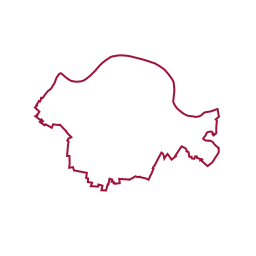 outline of Khoai Chau, Hưng Yên, Vietnam, rotated 123°
{"feature_id": "81297802B59998896925567", "entity_name": "Khoai Chau", "entity_type": "district", "adm_level": 2, "iso_a3": "VNM", "parent_name": "Vietnam", "parent_adm1": "Hưng Yên", "projection": "robinson", "projection_center": [105.98, 20.831], "detail": "fine", "context": "isolated", "style": "outline", "palette": "rose", "viewbox_px": 256, "rotation_deg": 123, "n_neighbors": 0, "source": "geoboundaries", "source_scale": "gbopen_adm2", "svg_char_len": 5227}
<svg xmlns="http://www.w3.org/2000/svg" viewBox="0 0 256 256"><g transform="rotate(123 128 128)"><path d="M193.4,121.1L191.5,122.0L190.9,120.2L190.3,118.0L193.3,116.9L194.7,116.4L192.4,112.4L188.3,113.7L186.7,114.2L186.6,113.9L185.8,114.2L185.6,113.8L182.8,115.0L180.7,115.9L179.9,113.2L181.9,112.5L180.9,111.0L182.1,110.1L181.6,109.6L181.8,109.3L181.4,108.6L181.7,108.4L181.5,108.2L180.4,106.8L178.8,104.9L175.4,107.6L175.0,106.5L174.7,105.9L174.3,105.5L174.0,105.3L173.7,105.0L173.6,104.7L173.5,104.3L173.4,103.9L173.1,103.3L172.9,102.8L172.5,102.4L172.2,102.1L172.0,101.8L171.9,101.5L171.9,101.2L171.8,100.9L171.6,100.5L171.3,100.2L171.0,99.8L170.8,99.5L170.7,99.2L170.7,98.9L170.7,98.6L170.0,98.4L169.5,98.0L168.4,97.4L166.2,96.3L164.4,95.4L163.9,92.8L163.6,92.7L163.1,92.3L162.9,92.1L162.5,91.7L162.3,91.3L162.6,90.9L161.1,87.2L160.6,85.3L160.3,83.9L160.2,82.6L159.4,82.7L158.4,82.8L157.1,83.1L156.0,83.3L155.2,83.4L154.6,83.3L148.4,84.4L148.4,85.3L145.4,85.5L145.1,85.2L138.8,85.9L133.1,86.4L130.4,86.6L130.5,85.2L130.8,84.3L131.7,83.1L133.8,80.9L132.4,81.0L128.3,80.7L129.2,78.0L130.4,75.3L130.8,74.2L125.9,72.6L125.5,72.5L125.5,73.2L125.0,73.2L120.1,73.2L114.3,73.1L114.1,72.2L113.9,70.7L113.8,69.5L113.8,68.4L114.6,67.0L114.9,66.4L115.5,66.3L115.8,66.2L115.2,64.1L115.9,63.4L117.3,62.3L118.7,60.9L117.5,59.0L118.7,58.1L118.7,57.7L118.4,57.1L117.8,55.7L115.6,56.0L115.0,56.1L114.4,54.9L115.5,53.9L114.6,50.4L115.7,49.8L115.0,49.4L114.5,49.3L114.0,49.3L114.0,48.4L114.5,48.3L115.1,48.4L115.4,48.6L116.6,40.5L115.3,40.1L113.6,39.5L111.0,38.6L102.9,38.6L100.3,38.6L99.3,38.7L97.4,39.7L96.1,40.6L95.7,40.8L95.7,41.2L95.4,41.2L95.2,42.1L95.1,44.1L95.1,44.3L94.9,45.1L94.7,46.1L94.5,46.8L93.8,48.7L93.6,49.6L93.6,50.1L93.7,50.8L93.8,51.6L93.9,52.2L95.1,53.8L94.9,54.1L96.2,56.0L96.3,57.7L96.2,58.7L96.0,59.2L94.6,59.2L93.1,59.0L92.2,58.9L90.2,59.2L88.4,59.2L86.9,57.9L85.5,56.1L85.6,55.0L86.0,53.6L87.2,53.8L87.4,53.0L87.6,52.1L85.5,51.5L84.3,51.1L79.6,54.2L73.3,57.6L73.0,59.1L72.5,58.9L71.3,58.6L69.6,58.1L69.3,57.9L68.8,58.0L67.8,59.1L64.9,61.7L63.3,63.3L63.5,63.5L66.9,66.0L69.1,67.7L70.4,69.2L71.6,70.5L73.2,72.2L74.0,72.6L75.2,72.9L76.3,73.2L77.6,73.6L79.6,74.8L80.5,75.7L81.7,77.1L82.4,78.6L83.2,80.5L83.9,81.9L84.1,82.2L85.0,84.2L85.5,86.3L85.6,87.7L85.6,88.0L85.7,89.6L85.6,91.3L85.4,92.9L85.3,94.2L85.1,96.3L84.5,98.5L83.5,101.0L82.6,102.6L81.5,104.1L80.9,104.7L77.6,106.3L75.7,107.3L73.3,108.5L71.7,109.3L69.7,110.7L67.8,112.2L67.3,112.5L67.0,112.8L65.4,114.1L64.4,115.1L63.6,116.6L62.8,118.1L61.9,120.5L61.1,122.6L60.9,123.1L60.2,125.5L59.3,128.6L59.1,129.9L59.0,131.3L59.0,132.5L59.0,133.2L59.0,133.6L58.9,134.9L59.0,136.6L59.0,137.8L59.1,139.0L59.1,139.8L59.2,140.5L59.4,141.7L59.7,142.7L60.1,144.1L60.4,145.3L60.6,146.3L60.9,147.5L62.8,153.9L63.6,156.3L63.9,157.1L64.3,158.3L64.6,159.3L64.9,160.0L65.9,163.1L67.6,167.5L68.6,169.4L70.5,172.9L70.7,173.1L71.7,174.7L72.4,175.5L72.9,176.2L74.3,177.7L75.8,179.4L77.3,180.7L77.5,180.9L78.3,181.4L78.4,181.5L78.9,181.6L81.7,182.9L84.2,183.9L87.2,184.9L89.6,185.5L92.5,186.0L97.1,186.6L99.3,187.0L102.8,187.8L103.9,188.0L104.3,188.1L108.1,189.3L111.0,190.4L112.9,191.5L114.0,192.4L114.9,193.3L116.6,195.5L117.9,197.6L118.5,199.0L119.0,200.0L119.5,201.7L119.5,202.0L119.6,204.1L119.4,207.9L118.9,211.2L118.7,212.8L118.7,213.9L118.7,214.3L119.7,214.9L120.4,215.3L121.7,215.2L123.6,215.3L125.4,215.2L127.6,214.7L128.7,214.5L129.5,214.2L130.1,214.1L133.7,214.1L134.2,214.0L134.8,214.0L135.8,213.9L136.6,214.0L137.8,214.3L138.9,214.6L139.8,215.1L142.5,215.5L144.4,215.7L146.5,215.8L147.5,215.8L148.8,215.9L149.4,215.9L149.6,216.0L149.8,216.5L149.8,217.0L149.9,217.3L150.0,217.3L150.6,217.2L151.3,216.7L152.3,216.4L153.1,216.4L153.8,216.3L153.8,217.4L158.2,217.3L158.6,217.3L158.6,216.6L159.7,216.7L160.6,216.9L161.5,217.2L161.7,216.3L161.9,215.4L162.0,214.4L162.1,213.6L162.3,212.6L162.5,211.8L162.5,211.7L162.6,211.2L163.0,211.2L164.0,211.2L164.8,211.2L165.4,211.4L166.9,211.6L167.0,211.1L168.6,212.1L168.7,209.7L169.1,206.1L167.9,205.4L168.3,204.2L168.6,203.0L169.3,203.3L169.6,203.5L169.4,204.3L170.9,205.2L171.0,204.1L171.0,203.6L171.1,201.6L171.1,199.4L169.9,199.4L169.8,198.6L169.7,197.4L169.5,195.5L169.4,193.5L169.4,192.1L167.4,192.4L166.7,192.6L166.1,192.7L165.7,192.8L164.9,191.0L163.9,189.0L162.8,187.1L162.3,186.9L162.8,184.7L163.5,182.0L164.0,179.6L164.3,178.1L164.4,177.9L164.6,177.7L164.8,177.6L165.9,173.9L166.3,171.3L166.5,170.5L167.3,170.8L168.2,171.5L168.7,171.9L169.1,172.1L169.5,172.2L170.1,172.2L170.3,172.1L170.6,172.0L170.8,171.9L171.1,171.9L171.6,172.0L171.7,171.4L171.7,170.8L171.8,170.6L172.0,170.4L172.5,170.1L174.8,169.1L177.7,167.6L184.6,163.9L183.3,161.9L184.1,161.3L185.5,160.3L186.2,159.9L186.6,159.6L187.3,159.2L188.1,158.6L188.8,158.1L189.4,157.7L189.8,157.5L190.3,157.2L190.9,156.9L191.9,156.5L192.6,156.1L193.4,155.7L193.0,155.2L192.2,154.4L191.2,153.3L190.8,152.7L191.2,152.3L193.0,150.2L192.3,148.5L191.7,147.2L191.4,146.1L190.6,144.5L190.3,143.8L189.7,142.1L188.1,138.4L188.0,138.1L189.1,137.6L192.8,135.8L192.1,134.1L192.8,133.6L193.7,133.1L194.8,132.5L195.2,132.2L194.7,131.1L194.1,129.8L193.7,129.0L193.4,128.3L193.7,128.2L195.4,127.9L197.1,127.5L195.5,124.9L193.4,121.1Z" fill="none" stroke="#9f1239" stroke-width="2"/></g></svg>